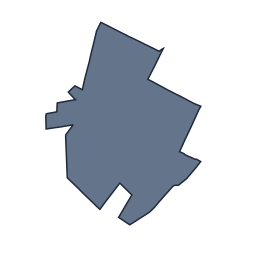 outline of Galiciuica, Dolj, Romania, rotated 295°
{"feature_id": "2599482B18051672506084", "entity_name": "Galiciuica", "entity_type": "district", "adm_level": 2, "iso_a3": "ROU", "parent_name": "Romania", "parent_adm1": "Dolj", "projection": "robinson", "projection_center": [23.4, 44.093], "detail": "fine", "context": "isolated", "style": "filled", "palette": "slate", "viewbox_px": 256, "rotation_deg": 295, "n_neighbors": 0, "source": "geoboundaries", "source_scale": "gbopen_adm2", "svg_char_len": 2077}
<svg xmlns="http://www.w3.org/2000/svg" viewBox="0 0 256 256"><g transform="rotate(295 128 128)"><path d="M212.3,59.4L212.2,58.7L206.8,58.6L204.0,58.5L202.2,58.5L201.3,58.8L195.4,60.0L190.5,61.0L179.7,63.1L171.1,65.0L158.1,67.3L152.2,68.5L143.4,70.4L143.8,62.1L140.2,60.6L136.1,59.0L135.4,58.7L134.9,59.7L132.8,64.8L131.5,68.4L122.3,55.3L120.8,53.3L118.9,54.0L115.8,55.3L112.9,56.5L112.6,56.6L109.6,52.5L108.7,51.2L107.0,48.8L106.4,48.1L106.1,47.9L105.8,48.0L105.0,48.2L104.1,48.5L102.5,49.2L98.4,51.3L94.9,53.0L92.5,54.2L100.8,66.9L107.4,76.5L106.1,76.8L104.6,76.4L102.7,75.9L97.9,75.0L96.4,74.6L95.6,74.5L95.0,74.6L92.7,75.7L57.2,94.0L57.0,94.6L56.2,97.0L51.9,109.4L50.2,113.9L45.2,128.6L44.0,131.9L42.6,136.2L42.4,136.9L52.7,139.0L74.3,143.8L74.6,143.9L71.8,151.8L68.9,159.8L66.1,159.5L47.6,157.7L43.0,157.3L42.7,159.4L41.0,170.5L49.5,175.9L60.9,183.1L63.0,183.9L64.4,184.5L67.3,185.5L67.5,185.6L68.3,185.8L69.0,185.9L70.3,186.4L72.9,187.0L73.2,187.1L73.6,187.2L78.7,188.7L82.3,189.7L83.8,190.2L85.8,190.8L89.0,191.8L92.5,192.8L94.5,193.5L95.0,193.7L95.3,194.0L95.9,194.9L96.9,196.7L97.5,197.9L97.6,198.0L98.4,198.4L98.9,198.6L99.6,199.0L100.0,199.2L100.5,199.4L101.4,199.8L102.8,200.6L104.5,201.4L105.7,202.0L106.8,202.5L107.2,202.6L107.4,202.7L109.1,203.1L113.7,204.4L121.9,206.6L127.7,207.9L128.3,208.1L128.4,207.4L128.6,204.0L128.6,203.0L128.2,202.6L128.1,201.7L128.0,201.1L128.0,198.7L127.9,194.6L127.9,192.0L127.9,191.8L127.8,191.7L127.9,191.0L128.0,190.7L128.1,190.3L128.3,190.0L128.3,189.7L128.4,189.3L128.4,188.8L128.4,188.6L128.4,187.9L128.4,187.4L128.4,186.3L128.4,185.9L128.3,184.7L129.7,184.7L133.1,184.7L135.8,184.7L137.8,184.6L144.8,184.6L148.7,184.7L151.5,184.7L155.6,184.7L174.9,184.5L176.7,184.7L178.5,184.8L178.1,177.2L178.5,169.3L178.8,163.8L179.2,149.6L180.1,134.5L180.4,130.0L180.5,125.5L181.7,125.4L182.7,125.5L186.0,125.6L197.0,126.0L210.6,126.2L215.0,126.4L214.0,125.6L210.7,123.8L210.8,120.1L211.0,111.5L211.0,109.3L211.0,107.5L211.2,102.8L211.2,99.3L211.3,96.0L211.3,90.2L212.3,59.4Z" fill="#64748b" stroke="#1e293b" stroke-width="1.5"/></g></svg>